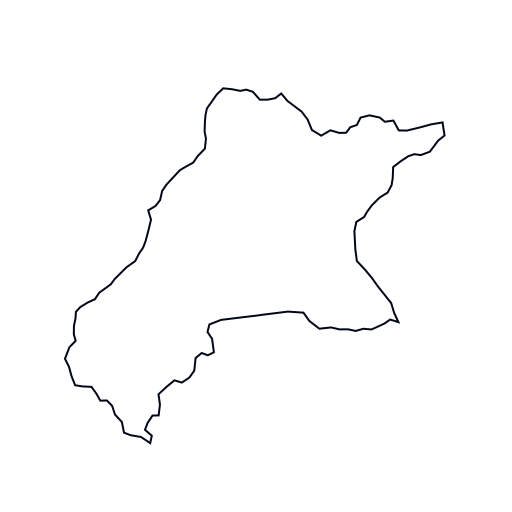 Valinhos, São Paulo, Brazil (Albers equal-area conic projection), rotated 352°
{"feature_id": "56859067B52008332271728", "entity_name": "Valinhos", "entity_type": "district", "adm_level": 2, "iso_a3": "BRA", "parent_name": "Brazil", "parent_adm1": "São Paulo", "projection": "albers", "projection_center": [-46.981, -22.98], "detail": "fine", "context": "isolated", "style": "outline", "palette": "ink", "viewbox_px": 512, "rotation_deg": 352, "n_neighbors": 0, "source": "geoboundaries", "source_scale": "gbopen_adm2", "svg_char_len": 1901}
<svg xmlns="http://www.w3.org/2000/svg" viewBox="0 0 512 512"><g transform="rotate(352 256 256)"><path d="M100.7,412.6L107.1,416.1L116.9,419.2L125.2,426.6L127.8,419.5L121.9,412.6L125.4,406.3L131.3,399.6L137.4,400.3L140.2,389.8L140.2,379.4L149.2,373.1L157.9,367.8L165.0,371.0L173.1,367.1L178.9,361.0L182.0,348.6L188.7,344.5L194.5,347.6L200.9,345.5L201.0,331.9L197.4,324.5L200.3,317.3L212.5,314.4L235.1,314.8L247.2,315.1L255.0,315.1L279.8,315.5L295.1,318.7L299.7,327.6L308.6,336.8L320.5,337.2L328.5,340.3L337.0,341.4L344.3,344.1L352.1,343.0L360.1,344.8L367.1,342.8L374.0,340.7L380.0,337.6L387.8,341.3L384.9,331.6L383.3,321.4L372.6,303.3L367.7,293.9L362.1,284.8L355.2,275.0L355.3,263.4L356.9,245.1L360.1,236.2L368.5,232.4L372.3,227.5L377.8,221.9L386.6,215.3L395.2,211.5L400.1,204.8L402.2,198.1L404.2,187.0L412.9,182.1L420.9,178.3L427.1,177.2L433.2,179.0L442.7,176.9L452.4,167.1L459.5,162.9L459.3,149.7L447.9,150.0L436.1,151.5L422.9,152.8L414.9,151.5L410.9,141.0L402.3,141.0L397.8,136.1L387.9,132.5L378.8,133.5L374.1,140.3L367.3,141.6L362.4,146.5L355.6,145.7L347.2,141.9L337.3,145.9L328.9,139.0L326.1,128.0L321.2,119.3L314.4,112.5L308.8,106.9L303.6,98.6L296.9,102.4L289.4,102.8L281.5,101.7L275.8,93.0L269.5,89.9L263.4,90.3L255.4,87.5L246.9,85.4L239.6,90.6L232.8,97.9L227.9,103.1L225.7,109.1L224.2,115.4L222.4,125.8L222.8,132.8L220.3,142.6L212.1,149.0L206.8,154.8L199.6,157.5L192.6,160.4L183.6,167.7L177.2,172.9L172.1,178.6L168.8,187.3L163.4,192.5L155.6,195.8L157.1,205.4L152.8,216.3L148.5,226.4L145.3,232.1L140.5,237.3L135.7,244.2L126.3,249.1L119.3,254.3L112.8,259.2L108.3,263.8L102.9,266.7L95.8,270.4L90.4,276.4L83.0,278.6L74.9,282.1L69.9,286.2L68.6,292.6L66.0,299.8L64.7,308.2L65.6,314.9L58.6,320.3L52.5,331.2L55.4,339.7L56.6,349.3L58.9,358.8L65.6,360.9L74.9,362.7L78.9,370.4L81.7,377.6L88.2,378.3L92.7,384.4L94.3,393.4L100.1,401.8L100.7,412.6Z" fill="none" stroke="#020617" stroke-width="2"/></g></svg>